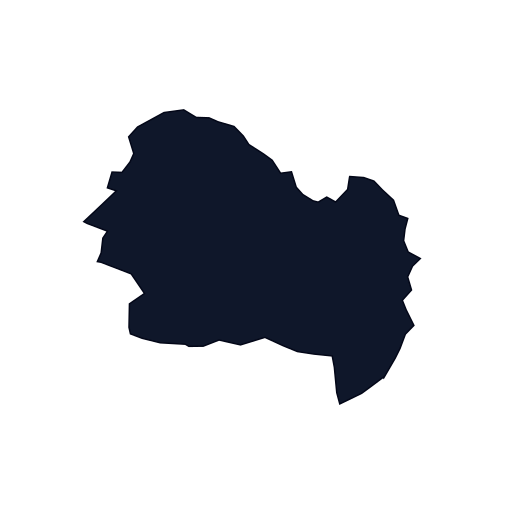 the district of Thrinia, Paphos, Cyprus, rotated 237°
{"feature_id": "46923920B18450793739179", "entity_name": "Thrinia", "entity_type": "district", "adm_level": 2, "iso_a3": "CYP", "parent_name": "Cyprus", "parent_adm1": "Paphos", "projection": "equal_earth", "projection_center": [32.52, 34.911], "detail": "fine", "context": "isolated", "style": "filled", "palette": "ink", "viewbox_px": 512, "rotation_deg": 237, "n_neighbors": 0, "source": "geoboundaries", "source_scale": "gbopen_adm2", "svg_char_len": 1158}
<svg xmlns="http://www.w3.org/2000/svg" viewBox="0 0 512 512"><g transform="rotate(237 256 256)"><path d="M84.2,296.7L86.6,301.5L94.5,317.1L100.0,326.4L109.1,338.7L110.3,343.9L111.8,350.6L129.1,352.6L139.2,354.6L142.8,367.9L155.9,371.8L162.3,381.8L164.4,392.4L176.5,385.8L188.4,388.1L197.5,395.7L204.8,403.7L212.4,398.0L227.9,401.7L242.5,398.0L254.6,395.7L263.1,389.1L271.6,377.9L271.3,377.5L261.9,369.1L257.9,352.2L266.9,347.4L267.3,337.5L271.3,333.8L282.1,328.7L291.8,327.2L307.3,331.6L312.0,321.7L327.5,321.7L337.2,318.0L353.4,310.7L363.5,310.7L376.6,308.1L389.4,297.1L397.4,291.9L404.8,281.3L417.9,275.0L426.4,257.0L428.7,226.9L425.3,214.1L408.5,209.3L403.5,201.6L399.1,189.1L404.8,181.0L394.1,168.5L386.7,174.4L382.6,152.4L378.6,130.3L375.2,132.2L357.7,145.0L354.4,137.3L342.9,127.8L337.7,119.9L335.2,122.6L309.0,141.6L285.3,142.1L284.8,123.8L265.3,110.6L259.1,108.3L249.0,115.7L235.4,128.4L220.5,148.7L216.8,150.5L209.1,162.7L205.7,179.2L189.9,194.6L182.9,219.2L166.0,229.9L153.3,238.7L142.2,251.2L130.7,265.5L120.0,261.1L97.4,249.3L86.3,245.7L83.3,269.9L84.0,282.0L85.0,296.7L84.2,296.7Z" fill="#0f172a" stroke="#020617" stroke-width="1.5"/></g></svg>